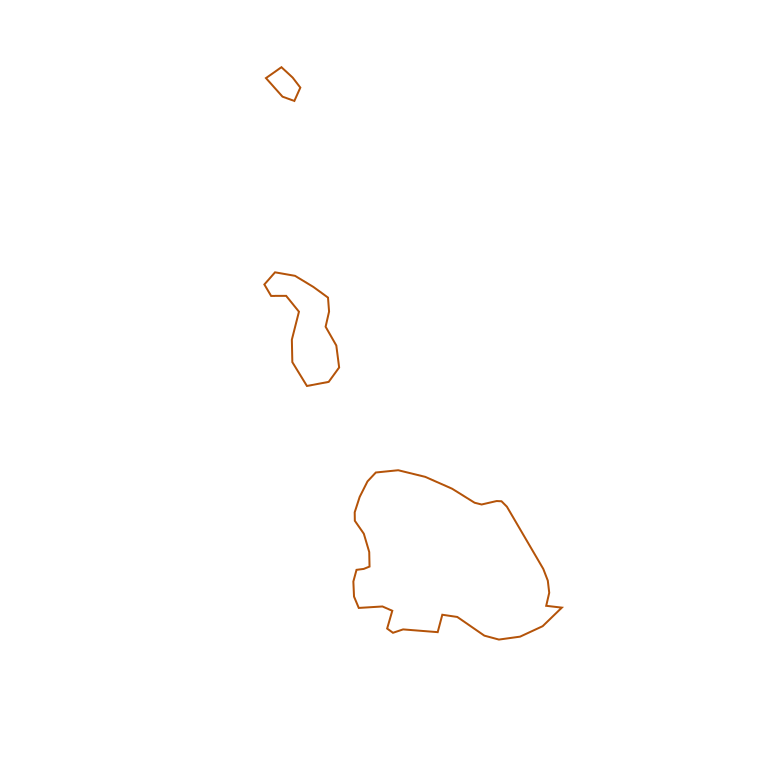 map outline of São Vicente (Natural Earth projection), rotated 216°
{"feature_id": "CPV-5059", "entity_name": "São Vicente", "entity_type": "state/province", "adm_level": 1, "iso_a3": "CPV", "parent_name": "Cabo Verde", "parent_adm1": "", "projection": "natural_earth1", "projection_center": [-24.866, 16.764], "detail": "fine", "context": "isolated", "style": "outline", "palette": "amber", "viewbox_px": 768, "rotation_deg": 216, "n_neighbors": 0, "source": "natural_earth", "source_scale": "10m", "svg_char_len": 924}
<svg xmlns="http://www.w3.org/2000/svg" viewBox="0 0 768 768"><g transform="rotate(216 384 384)"><path d="M291.7,222.5L288.4,227.8L297.2,239.4L312.3,251.0L327.2,256.2L332.3,263.0L337.3,278.3L340.1,295.5L338.6,307.6L321.8,322.6L296.1,333.1L267.4,339.3L240.9,341.2L234.2,343.9L224.1,355.5L220.0,358.2L212.5,357.0L146.4,328.0L135.9,321.2L127.6,312.2L122.4,299.9L108.7,307.6L113.3,281.3L125.4,259.6L140.8,244.8L154.9,239.4L187.8,238.6L201.2,231.6L194.7,214.8L224.3,196.7L230.5,188.0L237.7,188.0L244.0,205.4L254.5,203.1L272.8,188.0L283.3,194.4L292.7,206.2L297.0,217.5L291.7,222.5ZM445.2,337.1L471.0,347.8L484.6,365.7L495.3,392.5L515.0,397.8L527.1,388.9L539.3,394.2L537.8,410.3L519.6,419.2L498.3,421.0L480.1,421.0L471.0,410.3L464.9,396.0L445.2,387.1L430.0,371.0L430.0,353.2L445.2,337.1ZM635.0,556.8L659.3,562.1L653.2,580.0L638.0,578.2L625.9,574.6L622.9,560.3L635.0,556.8Z" fill="none" stroke="#b45309" stroke-width="2"/></g></svg>